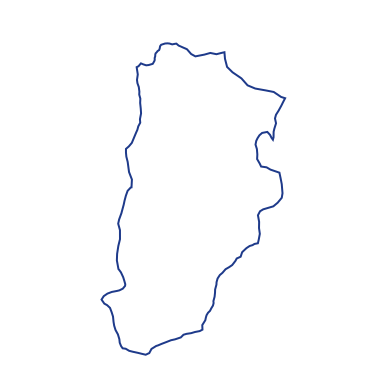 outline of Qabala District, Qəbələ, Azerbaijan, rotated 349°
{"feature_id": "54616110B33746839775993", "entity_name": "Qabala District", "entity_type": "district", "adm_level": 2, "iso_a3": "AZE", "parent_name": "Azerbaijan", "parent_adm1": "Qəbələ", "projection": "orthographic", "projection_center": [47.798, 40.94], "detail": "fine", "context": "isolated", "style": "outline", "palette": "blue", "viewbox_px": 384, "rotation_deg": 349, "n_neighbors": 0, "source": "geoboundaries", "source_scale": "gbopen_adm2", "svg_char_len": 2637}
<svg xmlns="http://www.w3.org/2000/svg" viewBox="0 0 384 384"><g transform="rotate(349 192 192)"><path d="M205.0,43.4L203.9,43.3L200.7,43.3L198.3,42.0L196.3,41.4L193.9,41.1L191.4,41.4L189.8,41.6L188.5,42.8L187.6,45.1L186.8,46.4L185.1,47.1L184.0,48.1L182.7,49.0L182.1,50.3L181.8,51.7L180.9,53.4L180.7,54.8L180.3,55.9L178.8,57.7L177.9,58.7L173.7,59.1L171.2,58.9L168.5,57.4L166.4,56.0L163.4,58.4L162.5,58.6L161.5,58.9L161.2,66.3L159.4,71.4L159.2,74.8L159.8,78.8L159.5,83.4L158.8,86.3L159.1,90.5L158.1,94.7L157.6,100.4L157.0,105.1L154.8,110.6L154.4,114.1L151.8,117.3L150.2,120.6L148.7,122.7L146.3,126.3L144.7,128.7L142.3,132.3L138.7,135.2L135.4,137.1L134.7,140.7L134.3,144.7L134.6,150.2L134.0,160.4L135.4,168.3L133.5,175.9L132.7,175.9L129.0,178.6L126.4,183.0L124.2,187.5L122.5,191.5L119.2,198.2L118.8,199.1L115.2,205.1L113.5,209.0L114.0,215.7L112.3,224.6L109.4,230.9L106.7,238.4L105.2,244.8L105.1,253.6L105.5,254.3L106.9,257.3L108.2,262.5L108.6,266.1L108.9,269.8L108.4,271.4L105.6,273.7L101.9,274.7L99.5,274.8L96.8,274.8L94.2,274.8L89.6,275.6L85.5,277.4L82.7,280.3L83.2,281.6L83.8,282.9L84.6,284.8L87.1,286.9L89.4,290.1L90.2,294.8L90.7,299.2L90.2,304.6L90.1,308.4L90.6,312.9L92.1,317.6L92.6,322.6L92.3,326.2L93.0,329.8L94.1,332.2L97.0,333.2L100.0,335.9L103.4,337.5L108.5,339.7L111.5,341.1L115.5,342.9L118.3,342.2L119.3,342.0L122.3,338.3L127.5,336.3L129.3,336.1L133.1,335.3L138.2,334.4L143.1,333.5L147.2,333.4L153.3,332.6L156.4,330.5L159.5,330.2L164.2,330.4L168.2,330.0L173.0,330.0L173.4,329.9L176.0,329.1L176.7,324.6L178.0,323.2L180.6,320.4L181.7,317.8L182.8,315.7L184.7,313.6L187.0,312.1L188.7,309.9L190.9,307.5L192.0,305.2L192.2,303.2L194.2,299.1L195.4,295.2L196.1,292.1L198.3,287.6L198.9,285.2L200.6,281.8L203.5,278.8L206.4,277.2L210.2,274.2L214.0,272.9L217.5,271.4L221.5,267.9L223.2,265.8L227.4,264.8L229.7,260.7L231.2,259.7L234.7,257.5L238.3,256.0L241.3,255.7L243.4,254.9L246.9,254.9L248.5,251.3L250.6,246.0L250.9,240.2L252.2,234.1L252.3,227.4L255.1,223.9L258.6,222.6L269.1,221.6L274.0,218.9L279.0,214.8L280.6,210.5L281.6,201.4L281.6,195.5L281.5,189.7L273.3,185.0L269.9,182.0L264.7,180.2L263.9,177.0L262.2,172.1L263.3,167.6L263.9,162.2L263.4,157.6L264.8,154.1L266.6,151.7L269.0,149.2L272.1,147.4L277.4,147.4L279.5,150.8L280.4,154.0L281.4,156.1L282.5,153.8L283.6,148.5L284.9,145.6L287.6,140.6L287.5,135.6L289.2,132.2L292.5,128.7L296.0,124.5L298.6,121.1L301.3,117.7L297.6,115.7L291.3,109.4L283.9,106.4L273.8,102.5L266.9,97.9L262.2,89.9L254.6,82.2L250.3,75.9L249.8,67.5L250.5,61.0L247.4,61.1L242.3,61.4L236.5,59.0L230.4,59.5L221.2,59.5L217.5,56.4L214.3,50.9L206.8,45.7L205.0,43.4Z" fill="none" stroke="#1e3a8a" stroke-width="2"/></g></svg>